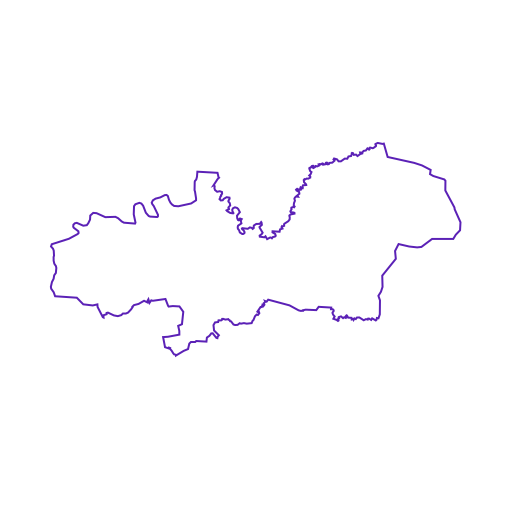 Priekuļu pag., Priekulu, Latvia (Mercator projection), rotated 342°
{"feature_id": "27541924B48534505716436", "entity_name": "Priekuļu pag.", "entity_type": "district", "adm_level": 2, "iso_a3": "LVA", "parent_name": "Latvia", "parent_adm1": "Priekulu", "projection": "mercator", "projection_center": [25.395, 57.328], "detail": "fine", "context": "isolated", "style": "outline", "palette": "violet", "viewbox_px": 512, "rotation_deg": 342, "n_neighbors": 0, "source": "geoboundaries", "source_scale": "gbopen_adm2", "svg_char_len": 6128}
<svg xmlns="http://www.w3.org/2000/svg" viewBox="0 0 512 512"><g transform="rotate(342 256 256)"><path d="M458.0,294.6L460.9,287.1L459.4,273.1L459.7,271.1L456.3,252.2L459.4,243.0L458.8,241.4L449.3,234.7L446.8,231.9L448.7,228.1L441.8,221.1L435.2,216.3L411.8,202.5L412.3,188.6L411.0,188.5L406.7,186.1L404.2,186.4L404.0,186.9L404.3,188.0L404.0,188.6L401.2,189.5L400.4,189.6L398.0,188.1L396.7,188.6L396.9,189.6L396.4,189.8L395.2,188.1L393.1,189.6L390.8,189.3L389.2,190.3L388.8,191.3L388.1,191.3L387.8,190.0L387.0,189.7L386.9,191.2L383.4,192.3L382.5,190.5L380.2,190.0L380.0,188.1L379.2,187.6L378.8,187.8L378.5,188.8L377.3,190.3L374.7,189.9L372.9,191.7L370.5,190.8L366.0,192.2L363.8,191.5L362.9,189.1L360.4,187.4L359.6,188.1L360.4,189.1L360.2,189.6L357.4,190.8L354.4,190.1L353.7,191.1L352.5,191.0L351.9,190.1L352.3,189.2L351.7,188.9L351.3,189.0L351.2,190.3L347.9,189.9L347.7,189.7L348.5,189.1L347.9,188.5L345.7,188.7L344.9,188.2L344.1,188.2L344.6,189.2L344.3,189.4L342.0,189.7L340.6,188.9L340.1,189.5L337.8,190.1L337.1,189.3L338.3,188.6L338.5,188.0L338.2,187.8L336.9,187.7L335.0,188.9L334.1,188.7L333.7,189.3L333.8,192.1L334.7,193.3L333.3,195.0L331.5,195.9L332.2,197.1L331.8,198.2L329.6,198.6L328.1,198.0L326.2,198.4L325.8,197.9L324.9,198.5L324.5,200.6L325.8,203.4L325.7,204.0L322.5,203.3L321.4,204.8L321.6,205.7L321.3,206.0L319.7,204.4L319.0,205.3L319.5,206.4L319.2,206.8L317.6,206.5L315.9,204.8L314.6,205.3L314.8,206.3L316.8,208.4L316.5,210.2L313.9,211.2L314.3,212.6L312.3,211.8L310.9,212.6L310.2,213.4L310.1,215.5L308.5,217.4L307.5,219.6L308.0,220.9L307.3,221.4L306.9,220.9L304.7,220.9L304.3,221.3L304.3,222.5L302.5,224.1L302.6,225.1L305.3,226.3L305.9,226.9L305.7,227.6L301.8,227.2L300.4,227.7L300.1,228.1L300.1,229.4L299.3,231.6L297.4,232.9L292.9,234.1L292.5,234.5L292.1,236.0L290.5,236.1L290.0,235.6L289.2,236.4L289.6,238.1L287.1,238.1L285.9,240.2L279.4,237.6L279.0,238.6L281.1,241.0L281.0,242.9L280.0,243.4L277.9,243.2L276.6,244.1L275.8,243.0L275.0,242.8L271.8,243.4L271.1,240.2L269.7,240.8L265.6,238.8L265.8,237.7L268.1,237.0L269.5,235.9L268.2,230.0L268.3,229.5L271.2,228.2L271.6,225.9L271.4,225.3L269.5,226.6L266.2,225.6L263.5,226.3L263.1,226.7L262.5,228.7L261.2,229.2L260.7,228.0L259.0,226.9L256.6,227.6L251.6,225.3L251.1,225.5L251.1,226.1L252.2,227.9L252.5,229.8L252.0,230.7L250.7,231.1L249.7,230.8L247.9,228.6L247.9,226.3L247.2,224.5L247.5,222.9L248.3,221.6L252.2,220.5L252.4,217.7L253.8,216.5L252.4,215.4L251.3,215.7L251.6,216.4L251.4,216.8L250.5,216.7L250.0,216.2L249.8,214.3L250.4,211.8L254.2,209.3L253.6,205.8L252.8,204.4L251.0,203.2L248.9,203.5L247.8,204.5L247.4,205.9L247.8,208.2L247.4,208.4L244.8,207.1L242.5,204.5L242.1,203.5L244.8,203.1L244.9,202.5L244.6,201.7L244.9,201.2L247.1,199.9L247.4,197.7L246.6,195.7L246.9,194.9L248.6,193.4L248.8,192.3L246.2,191.0L243.0,191.7L241.6,192.7L239.7,192.3L238.9,190.6L239.9,189.7L240.3,188.7L241.5,188.0L241.5,187.3L243.0,186.3L243.4,184.6L241.6,183.2L238.9,182.9L237.4,180.6L237.4,178.7L238.2,177.0L238.1,175.6L237.4,175.7L243.2,171.0L245.0,170.1L244.7,169.6L245.1,165.0L226.3,157.7L224.3,162.5L222.8,164.8L221.1,165.8L220.6,166.6L217.9,174.4L217.9,175.9L216.8,182.7L216.2,184.5L210.5,186.0L197.5,184.7L193.6,183.1L192.0,181.0L191.1,178.8L190.6,175.6L190.7,171.7L189.8,170.3L188.1,169.9L183.1,170.7L178.2,170.4L175.1,171.2L173.3,173.1L173.4,174.6L174.2,176.9L175.5,186.6L174.9,188.1L174.1,188.4L167.5,185.8L166.3,184.8L164.6,180.8L164.2,173.3L163.2,170.7L161.5,169.4L157.3,169.5L155.4,170.9L152.6,178.6L151.7,187.0L151.0,187.8L140.7,183.5L139.0,181.7L136.5,177.4L134.4,175.3L124.7,172.5L117.6,166.0L114.5,164.7L110.9,166.3L109.4,170.1L106.6,173.0L104.6,174.4L101.1,173.8L95.8,169.1L93.8,168.9L92.0,169.8L91.2,171.7L91.4,172.8L94.7,177.6L94.4,179.3L93.2,180.0L83.4,181.8L65.4,181.7L64.0,183.6L65.2,186.3L65.3,188.4L64.0,193.3L63.2,194.4L62.1,197.9L61.8,201.0L62.6,203.8L62.4,205.7L60.4,210.3L58.1,212.0L56.5,215.1L53.9,217.7L51.4,221.9L51.1,223.8L52.4,228.0L52.5,232.2L72.7,240.3L76.8,248.6L85.5,252.6L90.2,253.0L89.6,255.5L91.4,266.8L92.0,267.4L92.6,265.2L95.9,265.2L96.3,264.0L97.7,264.1L102.5,268.6L106.0,270.5L109.6,270.6L111.6,269.6L114.4,270.5L116.8,270.3L120.8,268.1L122.9,266.4L122.8,266.0L124.8,265.0L129.5,265.3L135.7,264.0L138.4,266.6L139.1,265.0L140.3,263.9L140.2,267.7L142.7,265.8L144.0,266.7L156.6,268.9L157.0,276.2L157.3,277.1L161.4,277.9L167.6,280.3L169.6,286.6L164.5,298.0L160.4,298.4L159.9,303.6L158.8,307.1L147.3,305.6L142.6,304.4L141.3,314.6L144.4,316.9L144.9,316.2L145.9,317.0L145.5,317.6L146.5,320.0L147.2,322.9L147.7,324.2L149.4,325.3L149.2,325.9L157.9,323.9L162.6,323.5L165.5,318.7L167.5,317.7L171.6,319.0L172.9,318.4L182.4,322.1L184.1,318.4L187.1,317.5L189.5,315.8L190.9,316.1L193.0,321.6L193.9,322.2L194.6,320.9L196.2,319.9L193.1,313.9L194.2,308.6L196.5,306.5L199.6,307.1L200.5,305.6L203.0,306.5L204.4,306.0L204.5,305.4L205.3,305.6L207.2,307.0L210.1,307.5L210.1,308.0L211.1,309.0L211.2,310.0L212.1,310.5L213.4,314.2L214.8,315.2L217.2,315.8L219.7,314.9L220.8,315.7L223.8,316.1L226.3,317.5L231.1,318.5L232.8,316.5L233.8,316.1L236.4,313.0L238.5,311.9L239.6,312.7L241.5,311.4L241.5,309.4L240.4,309.8L240.1,309.4L244.6,305.9L245.5,306.3L246.4,305.3L247.0,306.2L247.9,305.7L247.2,304.8L247.3,304.2L248.9,304.5L248.8,303.3L250.8,302.4L250.7,301.6L252.0,302.7L254.1,301.3L272.6,313.3L279.7,320.8L281.5,322.0L283.8,322.6L283.9,322.1L286.7,322.4L296.6,326.1L299.9,323.7L311.6,328.3L310.9,329.8L312.5,330.3L313.1,331.6L312.7,332.5L311.3,333.4L311.1,334.3L311.3,335.9L312.1,337.8L310.2,339.6L312.9,341.7L313.9,343.1L314.5,342.9L314.3,341.4L315.6,341.1L315.4,340.3L315.8,339.7L318.2,339.7L319.6,342.0L321.0,341.5L322.3,342.7L322.9,342.3L322.9,340.9L323.8,340.4L324.1,340.7L324.6,343.1L327.7,344.3L327.4,345.9L328.8,345.8L329.0,347.0L330.4,345.8L331.4,346.8L333.0,345.7L335.3,346.4L338.6,350.4L341.1,350.0L342.6,351.0L343.2,350.2L344.1,350.4L345.8,352.4L347.2,351.2L350.0,354.3L350.9,353.9L351.8,352.3L353.2,353.1L355.7,349.8L360.2,336.5L360.1,331.7L363.8,328.6L366.8,324.5L370.0,313.7L388.1,301.9L389.8,294.2L395.3,288.7L404.6,294.3L411.9,297.6L416.1,298.5L428.7,294.2L448.9,300.7L452.6,297.5L458.0,294.6Z" fill="none" stroke="#5b21b6" stroke-width="2"/></g></svg>